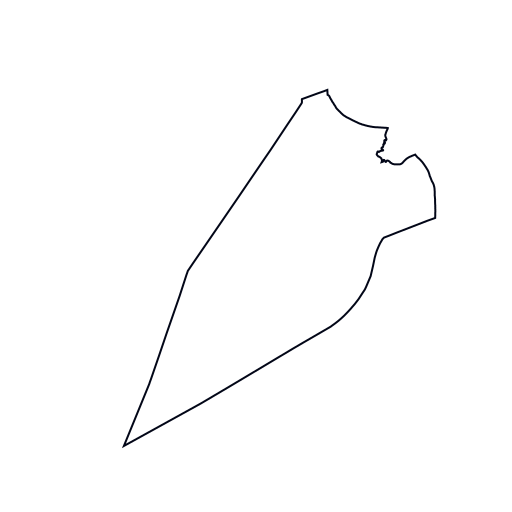 Ma'rib, Ma'rib, Yemen (Mercator projection), rotated 159°
{"feature_id": "15242507B71405176462371", "entity_name": "Ma'rib", "entity_type": "district", "adm_level": 2, "iso_a3": "YEM", "parent_name": "Yemen", "parent_adm1": "Ma'rib", "projection": "mercator", "projection_center": [45.401, 15.638], "detail": "fine", "context": "isolated", "style": "outline", "palette": "ink", "viewbox_px": 512, "rotation_deg": 159, "n_neighbors": 0, "source": "geoboundaries", "source_scale": "gbopen_adm2", "svg_char_len": 5317}
<svg xmlns="http://www.w3.org/2000/svg" viewBox="0 0 512 512"><g transform="rotate(159 256 256)"><path d="M75.1,227.3L74.8,228.0L74.6,228.5L74.4,229.0L74.1,229.6L73.9,230.2L73.7,230.7L73.5,231.2L73.3,231.8L73.1,232.3L72.8,232.8L72.5,233.6L72.3,234.2L72.0,234.9L71.8,235.5L71.6,236.2L71.3,236.9L71.1,237.4L70.9,238.1L70.6,238.7L70.4,239.4L70.2,240.1L70.0,240.7L68.9,243.8L68.6,244.4L68.4,245.2L68.2,245.8L68.0,246.5L67.8,247.2L67.6,247.8L67.5,248.4L67.4,248.7L67.2,249.1L67.0,249.7L66.7,250.4L66.5,251.0L66.2,251.7L66.0,252.3L65.8,253.0L65.6,253.7L65.3,254.5L65.1,255.3L65.0,255.9L64.8,256.5L64.8,257.2L64.7,257.8L64.6,258.4L64.6,259.0L64.6,259.7L64.6,260.4L64.7,261.0L64.8,261.7L64.9,262.4L65.0,263.1L65.0,263.8L65.0,264.6L65.0,265.2L65.0,265.9L65.0,266.5L65.0,267.2L65.1,267.9L65.1,268.6L65.0,269.2L64.9,269.9L64.9,270.6L64.8,271.4L64.8,272.0L64.8,272.8L64.8,273.4L64.9,273.8L64.9,274.3L65.0,275.0L65.1,275.7L65.3,276.3L65.4,277.0L65.4,277.6L65.6,278.1L65.7,278.7L65.9,279.4L66.0,280.0L66.2,280.7L66.3,281.4L66.6,282.2L66.7,282.8L66.8,283.2L66.9,283.4L67.1,284.1L67.3,284.8L67.6,285.3L67.8,286.0L68.0,286.5L68.3,287.2L68.6,287.8L68.9,288.5L69.2,289.1L69.6,289.7L69.9,290.3L70.1,290.8L70.3,291.4L70.5,292.0L70.7,292.5L70.9,293.2L71.0,293.6L71.6,293.6L72.3,293.6L73.0,293.6L73.6,293.6L74.2,293.6L74.8,293.6L75.4,293.5L76.0,293.5L76.6,293.5L77.2,293.5L78.3,293.3L79.5,293.1L80.7,292.8L81.7,292.4L83.4,291.7L84.8,291.0L85.5,290.6L86.2,290.3L86.9,290.1L87.6,290.0L88.1,290.0L88.8,290.0L89.5,290.3L90.6,290.7L91.5,291.0L92.1,291.3L92.6,291.5L93.8,291.9L95.1,292.8L95.4,293.0L95.8,293.4L96.2,294.0L96.5,294.5L97.0,294.8L97.1,295.1L97.2,295.3L97.2,295.8L97.4,296.1L97.7,296.6L98.1,297.2L98.5,297.6L98.7,297.8L99.0,298.0L99.4,298.1L99.7,298.1L100.0,297.9L100.3,297.7L100.6,297.5L100.7,297.4L100.9,297.3L101.1,297.3L101.3,297.4L101.4,297.5L101.5,297.9L101.5,298.3L101.6,298.8L101.7,299.1L101.8,299.3L101.9,299.7L102.1,299.8L102.5,300.0L102.9,299.9L103.1,299.8L103.2,299.7L103.4,299.4L103.6,298.8L103.6,298.6L103.8,298.5L105.1,298.6L104.4,299.4L104.2,299.6L104.0,302.2L104.1,302.4L104.4,303.0L104.7,303.5L105.1,304.2L105.3,304.4L105.5,304.6L105.8,304.9L106.1,305.0L106.3,305.4L106.3,305.6L106.6,306.2L106.9,307.2L106.9,307.7L105.3,309.7L104.9,309.9L104.6,309.9L104.4,309.7L104.3,309.3L104.0,309.1L103.7,309.1L102.9,309.3L102.7,309.4L102.4,309.5L99.8,309.0L99.6,309.0L99.4,309.2L99.5,309.6L99.6,310.0L100.2,310.4L100.4,310.7L100.4,311.1L100.1,311.8L99.8,312.1L98.5,312.2L98.3,312.5L97.9,313.0L97.5,313.4L97.4,313.6L97.2,314.1L97.2,314.3L96.7,314.4L96.6,314.5L96.6,314.9L96.5,315.1L96.3,315.3L96.3,315.2L96.1,315.1L96.1,314.9L95.9,314.8L95.7,314.8L95.4,315.0L95.1,315.4L95.0,315.5L95.0,315.8L95.1,316.5L95.2,316.9L95.0,317.5L94.9,317.7L94.7,317.9L94.6,318.0L94.3,318.1L94.2,318.1L93.9,318.0L93.9,317.9L93.8,317.7L93.7,317.4L93.4,317.3L93.0,317.5L92.7,317.8L92.4,318.1L92.3,318.5L92.3,318.8L92.3,319.2L92.3,321.2L92.2,321.9L92.1,322.2L92.0,322.5L91.9,322.8L91.5,323.2L91.1,323.7L90.8,324.2L90.4,324.6L90.0,325.1L89.7,325.5L89.2,325.9L88.8,326.4L88.3,326.8L87.9,327.2L87.4,327.7L87.1,328.2L87.4,328.4L88.0,328.7L88.5,329.0L89.0,329.2L89.6,329.5L90.2,329.7L90.7,330.0L91.3,330.2L92.0,330.6L92.5,330.8L93.0,331.0L93.7,331.4L94.3,331.6L94.9,331.9L95.4,332.1L96.1,332.5L96.7,332.7L97.4,333.0L97.9,333.2L98.5,333.5L99.1,333.8L99.7,334.1L100.2,334.4L100.8,334.7L101.3,335.0L101.9,335.4L102.7,335.8L103.1,336.1L103.6,336.4L104.2,336.8L104.7,337.1L105.2,337.4L105.7,337.8L106.4,338.3L106.9,338.6L107.4,339.0L107.9,339.4L108.4,339.8L109.1,340.3L109.6,340.6L110.1,341.0L110.5,341.5L111.0,341.9L111.6,342.3L112.1,342.8L112.6,343.3L113.1,343.8L113.6,344.4L114.1,344.9L114.5,345.3L114.9,345.7L115.4,346.2L115.7,346.6L116.1,347.0L116.6,347.5L117.0,347.9L117.5,348.5L117.8,348.8L118.0,349.1L118.5,349.6L119.0,350.2L119.4,350.7L119.8,351.1L120.2,351.5L120.6,352.0L121.0,352.4L121.5,352.9L121.9,353.4L122.4,354.1L122.9,354.8L123.2,355.2L123.7,355.8L124.0,356.3L124.3,356.9L124.7,357.7L125.0,358.3L125.3,358.9L125.6,359.6L125.8,360.2L126.1,360.8L126.4,361.4L126.7,362.0L126.9,362.5L127.1,363.0L127.4,363.7L127.7,364.3L127.9,365.0L128.1,365.6L128.2,366.1L128.2,366.8L128.3,367.4L128.4,368.0L128.6,368.5L128.7,369.2L128.9,369.8L128.9,370.4L129.0,370.9L129.2,371.7L129.4,372.3L129.5,372.9L129.6,373.5L129.6,374.1L129.7,374.6L129.9,375.2L129.9,375.8L130.1,376.5L130.1,377.2L130.2,377.8L130.2,378.4L130.3,379.1L130.5,379.6L130.8,380.1L131.2,380.6L131.4,380.8L129.9,385.5L133.6,385.5L140.0,385.7L156.9,386.0L157.1,385.7L157.6,384.2L158.0,383.1L158.6,382.3L167.8,375.7L178.2,368.4L178.5,368.2L204.7,349.6L213.3,343.7L235.8,328.1L250.9,317.6L293.0,288.6L317.0,272.1L325.0,266.5L326.7,264.4L327.2,263.9L341.6,246.1L361.1,223.0L366.6,216.5L382.4,197.5L398.1,178.8L400.3,176.3L401.4,174.9L447.4,126.0L360.3,138.1L323.1,144.4L254.6,156.3L243.1,158.2L221.9,161.6L218.2,162.2L211.4,163.3L210.8,163.5L210.5,163.6L206.0,164.8L202.4,165.9L198.8,167.2L195.3,168.6L191.8,170.2L189.9,171.1L186.1,173.0L184.7,173.8L181.1,175.7L175.7,179.0L169.5,183.5L166.4,185.7L164.3,187.7L156.2,196.1L150.3,204.8L145.7,212.0L142.6,216.1L141.6,217.3L141.1,217.9L140.9,218.1L138.2,220.9L135.5,223.5L133.7,224.9L131.9,226.4L131.2,226.7L130.0,227.3L127.1,227.3L124.2,227.3L116.0,227.4L83.6,227.5L75.3,227.3L75.2,227.3L75.1,227.3Z" fill="none" stroke="#020617" stroke-width="2"/></g></svg>